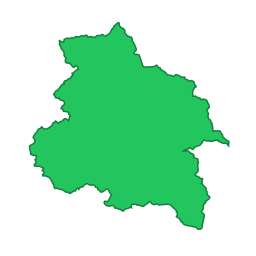 the district of Castrovirreyna, Huancavelica, Peru, rotated 266°
{"feature_id": "86281439B87306376910485", "entity_name": "Castrovirreyna", "entity_type": "district", "adm_level": 2, "iso_a3": "PER", "parent_name": "Peru", "parent_adm1": "Huancavelica", "projection": "orthographic", "projection_center": [-75.406, -13.15], "detail": "fine", "context": "isolated", "style": "filled", "palette": "green", "viewbox_px": 256, "rotation_deg": 266, "n_neighbors": 0, "source": "geoboundaries", "source_scale": "gbopen_adm2", "svg_char_len": 5765}
<svg xmlns="http://www.w3.org/2000/svg" viewBox="0 0 256 256"><g transform="rotate(266 128 128)"><path d="M233.9,125.7L232.4,123.4L231.9,123.2L230.7,121.1L229.4,120.6L227.1,118.4L223.6,116.3L221.2,111.9L221.7,110.5L222.3,110.2L223.1,108.9L222.1,106.1L222.5,104.4L222.0,102.9L220.9,101.7L220.7,100.9L220.8,100.1L221.3,99.2L221.1,98.3L221.9,97.2L221.4,94.4L223.3,93.4L223.6,92.5L222.8,90.4L223.4,88.6L222.2,85.0L222.6,83.8L222.7,81.9L221.2,79.5L222.1,78.2L221.5,77.2L221.4,75.9L221.8,74.3L221.6,72.2L220.6,70.4L218.5,70.0L218.2,69.5L218.7,67.8L219.9,65.7L218.5,65.6L217.1,65.9L216.4,65.4L215.8,65.5L213.7,66.7L211.5,67.0L210.6,68.1L209.4,68.8L207.5,69.5L204.6,69.3L202.0,70.9L200.5,70.6L200.0,70.1L198.2,70.2L197.0,71.5L197.0,73.1L196.5,74.3L195.0,75.8L193.4,76.7L192.5,77.6L192.5,78.9L193.6,80.0L193.4,81.3L193.1,81.7L190.4,82.7L189.2,80.4L186.5,76.7L186.4,76.0L184.6,76.9L183.6,75.2L182.1,74.2L181.5,74.2L181.3,72.3L179.9,70.4L179.5,68.6L179.0,67.9L177.5,66.9L176.8,67.6L176.5,67.6L175.9,66.5L176.1,65.4L175.8,65.1L173.2,62.6L172.1,62.1L171.2,60.8L170.5,60.4L169.8,58.3L168.5,57.9L167.6,56.7L166.6,56.1L165.1,57.3L163.2,57.9L162.9,59.4L162.3,60.8L162.5,61.6L161.4,61.7L160.4,63.0L159.6,65.4L158.6,66.2L157.1,66.5L155.7,65.8L155.1,65.3L154.7,64.0L152.0,62.6L151.4,64.5L149.6,64.5L149.2,64.9L148.0,69.9L145.8,69.8L144.7,70.8L144.6,71.2L144.1,71.3L143.0,70.5L139.5,69.2L141.3,67.2L141.7,66.4L141.7,65.9L141.0,64.2L139.6,63.4L139.0,60.6L137.7,58.5L140.0,56.4L140.0,56.1L138.7,55.2L138.7,54.3L138.4,53.6L135.5,52.1L133.4,48.5L132.7,46.4L132.8,44.3L135.2,41.9L133.9,40.8L132.9,38.3L130.2,36.8L129.7,35.9L128.1,34.5L125.7,32.9L124.9,32.8L123.1,34.2L120.9,34.2L119.1,32.8L117.3,29.0L116.2,28.3L111.8,28.9L110.2,29.4L109.3,28.9L108.6,29.2L108.0,30.1L107.2,32.1L107.2,34.3L104.0,34.4L103.3,34.0L102.9,33.0L100.0,33.9L99.4,33.6L98.3,32.1L96.8,31.9L96.3,33.4L96.1,36.7L94.1,40.8L93.2,40.8L91.6,39.4L90.6,40.8L89.8,41.2L88.7,40.9L87.4,39.5L86.3,39.7L86.0,40.0L86.2,40.7L85.9,42.9L85.1,43.8L84.8,45.0L83.7,46.4L79.5,48.7L77.9,48.9L77.2,49.6L76.1,50.2L74.9,50.0L72.8,50.8L72.9,51.4L72.7,52.9L70.6,58.9L68.7,60.9L68.2,62.5L68.1,64.0L66.9,65.1L66.7,65.7L67.2,66.4L67.5,67.4L68.9,69.0L68.8,70.9L69.8,71.9L71.3,72.7L71.5,73.4L71.4,73.8L70.2,74.7L71.3,75.2L71.9,76.1L72.5,77.6L72.4,78.8L73.7,79.8L74.9,81.6L75.4,82.9L75.2,83.8L74.3,84.8L73.4,87.4L73.9,88.9L73.5,89.9L73.0,90.6L71.2,91.6L70.7,93.4L68.8,93.5L68.5,94.4L66.0,96.3L65.9,97.4L66.3,98.8L68.6,102.2L68.7,103.3L66.5,104.8L65.7,104.7L62.5,106.8L60.6,105.4L59.4,105.1L56.0,102.6L55.9,102.0L56.6,100.2L56.4,99.5L55.0,98.9L53.7,99.6L52.1,101.1L51.4,103.6L51.3,104.5L51.8,105.9L51.6,108.0L51.0,108.5L48.8,109.5L48.9,111.3L47.8,112.6L47.5,114.3L45.4,117.3L45.6,117.9L46.6,118.3L47.1,119.0L48.1,123.3L48.6,124.1L48.6,125.1L48.2,126.0L50.4,125.8L51.8,127.0L51.1,129.0L51.7,130.2L50.2,132.1L50.2,132.8L50.6,133.5L49.3,135.6L48.7,137.9L50.7,140.7L51.4,142.3L52.4,143.1L53.2,145.0L53.0,145.3L52.2,145.5L51.1,146.2L49.7,148.3L50.1,150.2L50.2,152.1L48.9,153.5L49.2,155.0L49.1,157.9L49.4,158.9L49.0,160.2L49.3,162.2L48.6,164.6L42.3,170.5L40.6,170.4L40.2,171.0L39.0,171.4L37.3,170.8L36.3,170.1L35.1,171.2L34.7,172.3L34.3,172.8L30.6,174.7L29.9,175.9L28.4,176.5L27.1,178.8L26.3,181.1L25.8,184.2L24.7,187.0L24.3,189.0L23.9,189.5L22.5,190.1L22.1,191.3L22.1,193.5L22.8,194.5L23.9,195.0L26.9,195.4L27.4,195.9L28.9,196.0L30.0,196.7L31.2,197.1L32.6,196.9L33.3,197.5L34.2,197.9L35.3,197.8L36.0,198.0L36.9,197.7L37.6,197.0L38.2,195.9L38.8,195.5L39.9,195.7L41.3,197.0L44.2,197.8L45.5,197.6L46.2,198.5L47.2,198.6L47.9,200.0L48.3,200.2L49.5,200.0L50.1,201.7L51.5,203.7L53.1,204.8L54.8,203.8L55.1,203.0L56.2,202.2L58.4,202.4L59.2,202.3L60.1,201.5L62.2,201.6L63.0,201.4L64.7,199.8L65.1,199.0L66.6,198.7L67.5,197.2L68.3,198.2L70.2,198.1L71.4,198.8L72.3,198.7L72.7,196.6L74.1,195.4L75.4,192.8L76.4,191.6L77.7,192.2L78.3,193.3L80.0,194.9L81.5,195.1L83.3,194.9L87.0,195.0L87.5,195.5L88.9,195.9L90.3,195.3L92.1,195.5L92.5,195.2L92.6,194.3L93.9,191.4L95.6,192.0L96.2,191.9L97.7,190.5L99.0,188.1L100.6,186.8L101.2,185.2L101.1,181.7L101.9,182.4L102.4,184.0L102.9,185.7L102.9,187.1L104.0,188.3L102.0,191.3L104.4,193.5L104.9,195.5L105.4,196.4L105.5,197.8L105.9,198.6L108.1,201.0L109.3,201.4L110.8,202.9L110.7,203.5L110.0,204.3L109.6,205.4L109.6,207.7L109.1,208.2L109.2,209.1L108.8,211.0L109.8,213.9L109.3,214.9L109.8,215.5L109.7,216.5L108.1,217.6L108.1,218.8L106.8,220.1L106.6,221.1L106.0,222.0L105.9,223.1L106.2,224.5L105.1,226.0L104.4,226.0L103.3,227.1L104.7,227.1L106.0,227.7L107.8,227.5L108.8,225.5L112.7,221.8L114.5,221.9L115.9,220.8L117.5,220.2L118.6,219.5L118.9,218.0L118.8,216.1L119.2,214.8L118.8,212.7L119.9,212.8L121.4,212.3L123.8,212.6L125.7,212.0L126.8,212.1L128.1,211.3L130.0,210.8L131.6,209.1L133.2,208.7L134.4,208.6L136.8,209.3L139.7,208.1L140.9,208.0L142.9,210.6L145.9,210.2L147.7,209.1L149.2,209.0L150.9,207.5L151.6,204.8L151.1,202.9L151.4,202.5L152.8,201.9L153.5,199.6L155.2,197.5L155.0,195.5L155.3,194.8L157.1,195.0L158.9,194.8L161.4,195.7L163.5,197.1L164.2,198.6L164.7,198.9L165.3,198.6L165.9,197.9L168.1,196.9L168.9,197.1L169.6,196.8L170.9,194.7L170.8,194.1L170.2,193.4L170.3,192.9L171.9,190.6L172.5,188.9L173.7,188.2L174.8,188.1L174.9,187.3L174.6,186.4L175.2,184.6L176.7,182.6L177.9,179.8L177.8,179.2L176.6,177.8L176.4,177.2L177.7,173.6L178.2,171.0L180.7,169.3L183.2,166.2L183.8,165.0L186.0,164.0L186.0,162.7L188.7,161.0L187.9,159.4L187.3,157.1L187.7,147.7L189.8,146.9L200.1,144.2L200.9,142.1L200.9,140.3L201.6,139.5L202.4,139.4L203.7,140.0L204.7,141.5L206.6,141.7L211.1,140.2L215.4,138.1L216.3,138.5L217.0,138.0L217.9,138.0L218.4,137.7L218.9,135.7L220.5,133.3L221.2,132.7L223.5,131.4L225.4,131.8L226.3,131.3L228.0,129.5L228.5,128.3L230.0,126.9L231.9,126.4L233.3,126.5L233.9,125.7Z" fill="#22c55e" stroke="#15803d" stroke-width="1.5"/></g></svg>